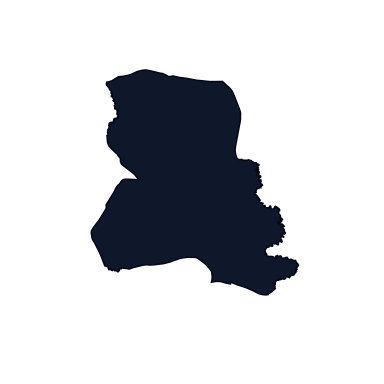 the district of Sila Lat, Si Sa Ket, Thailand, rotated 122°
{"feature_id": "78962969B41735347341952", "entity_name": "Sila Lat", "entity_type": "district", "adm_level": 2, "iso_a3": "THA", "parent_name": "Thailand", "parent_adm1": "Si Sa Ket", "projection": "robinson", "projection_center": [104.084, 15.49], "detail": "fine", "context": "isolated", "style": "filled", "palette": "ink", "viewbox_px": 384, "rotation_deg": 122, "n_neighbors": 0, "source": "geoboundaries", "source_scale": "gbopen_adm2", "svg_char_len": 5998}
<svg xmlns="http://www.w3.org/2000/svg" viewBox="0 0 384 384"><g transform="rotate(122 192 192)"><path d="M229.9,70.2L229.8,70.9L228.7,71.1L226.9,72.9L226.7,72.9L226.2,72.4L224.8,73.4L223.8,73.6L222.2,73.4L221.7,73.2L221.2,72.1L220.8,71.6L219.6,71.8L219.5,70.6L217.5,69.1L217.2,67.8L216.9,67.3L215.5,66.9L214.3,67.2L213.7,67.0L213.5,66.5L212.9,63.9L212.0,64.2L209.9,63.5L209.2,62.4L208.2,61.6L207.4,61.8L205.1,61.4L204.6,62.3L204.2,62.5L203.9,62.3L203.6,61.6L202.8,62.6L201.9,62.0L201.7,62.3L202.0,63.1L201.7,63.4L200.6,62.8L199.9,63.2L198.1,62.8L197.5,63.0L197.1,63.7L196.3,66.5L195.4,67.5L195.2,68.0L196.1,69.1L196.6,72.5L197.6,73.4L197.9,74.1L197.8,75.2L197.1,76.3L197.0,76.8L197.3,77.3L198.0,77.7L200.4,80.2L200.3,80.8L199.3,82.3L199.2,82.8L199.4,83.2L200.9,84.7L200.6,85.8L200.7,86.1L201.1,86.2L202.2,86.0L202.1,87.0L202.3,87.1L203.3,85.5L203.7,85.4L203.9,85.6L204.4,87.6L203.9,88.9L204.2,89.5L204.6,90.7L205.4,91.7L206.6,94.4L206.3,95.0L205.3,95.6L204.7,96.5L204.9,96.7L206.3,96.9L206.5,97.3L206.4,97.6L204.5,97.8L202.3,99.3L199.2,99.1L198.1,97.7L196.8,97.8L196.3,97.6L195.8,95.7L195.2,95.0L194.7,95.1L193.7,96.3L193.4,96.4L192.5,95.5L192.3,94.5L192.1,94.2L191.5,94.2L190.6,94.7L190.2,94.6L189.8,94.0L189.9,93.5L191.2,93.1L191.4,92.8L191.3,91.2L190.9,90.9L190.3,91.1L189.5,92.3L188.2,92.0L187.3,90.8L187.1,89.4L186.8,89.3L186.4,89.3L185.9,89.8L185.2,90.5L184.8,91.7L183.6,92.5L182.8,92.5L182.3,92.2L182.0,91.7L181.9,90.5L181.5,90.4L181.3,90.7L181.0,92.2L180.5,92.8L179.5,93.5L179.1,93.3L179.0,91.7L178.7,91.3L178.0,91.1L177.1,91.2L176.8,92.4L175.1,93.8L174.3,95.6L173.9,97.3L173.4,97.9L173.1,97.9L172.9,97.7L172.7,95.9L172.5,95.7L172.1,95.7L171.5,97.9L171.5,98.6L173.0,101.7L172.9,102.4L172.3,103.3L171.9,103.4L171.6,103.1L171.5,101.3L171.1,100.8L169.4,100.6L169.3,101.9L169.0,102.4L168.5,102.5L168.1,102.3L167.9,102.0L168.0,100.8L167.5,100.6L166.9,101.6L166.9,103.9L166.6,104.1L165.7,104.0L165.1,104.6L164.8,105.4L164.7,106.6L164.5,106.9L163.6,107.5L162.8,108.6L162.4,108.5L161.7,107.8L161.2,107.8L160.7,108.2L160.1,109.1L159.9,110.8L159.9,113.7L160.4,113.9L162.7,113.8L163.8,114.6L164.3,115.4L164.3,116.1L162.5,117.5L162.4,118.3L162.5,118.5L163.1,118.6L163.9,117.7L164.4,117.6L164.8,119.0L165.4,119.6L166.2,121.3L165.9,121.9L164.8,122.9L165.0,123.3L166.1,123.6L166.1,124.1L165.2,125.8L164.0,125.7L163.9,125.9L164.3,127.0L164.7,129.4L164.6,129.9L164.1,130.5L163.9,130.6L162.8,129.9L161.3,133.4L160.4,136.1L160.4,138.0L159.3,138.2L158.4,137.4L157.6,138.1L156.1,138.5L154.3,138.4L153.5,137.1L152.5,137.6L152.3,137.5L151.9,135.9L151.0,136.5L149.0,135.8L148.5,136.3L148.3,138.9L146.9,138.8L145.7,139.5L145.4,139.8L145.5,140.6L146.4,142.0L146.3,142.6L144.9,142.6L144.0,141.9L142.8,141.7L142.4,142.0L142.2,142.7L143.4,145.0L143.3,145.4L143.0,145.5L142.2,144.6L141.7,144.7L141.9,145.6L142.6,146.3L142.6,146.6L141.3,146.6L141.1,145.7L140.5,145.2L140.0,145.2L139.5,145.6L139.4,146.0L139.5,146.4L140.5,147.8L139.7,149.3L139.3,149.5L138.9,149.2L139.0,147.7L138.4,147.2L137.8,147.4L137.9,148.7L137.6,149.2L137.2,149.2L136.8,148.5L136.5,148.4L136.3,148.6L136.2,149.4L136.0,149.8L135.0,149.7L134.2,150.1L133.8,149.5L133.3,149.8L133.3,150.6L133.9,152.1L133.2,153.0L133.8,153.8L134.3,154.9L134.1,156.1L134.5,157.2L134.1,157.8L134.1,158.8L134.2,159.2L134.7,159.9L134.7,161.2L136.1,162.1L136.3,163.1L137.2,163.9L137.5,165.1L138.4,165.5L137.9,167.0L139.5,168.9L139.8,171.5L137.2,174.7L134.0,177.5L130.5,179.2L105.4,189.0L99.4,192.6L98.4,193.5L95.4,197.2L86.4,209.4L85.2,211.4L84.1,214.2L82.1,224.7L88.8,235.2L95.0,247.8L98.5,256.9L101.5,263.4L103.7,269.7L105.3,271.2L106.5,273.2L106.6,273.6L106.6,276.0L107.1,279.7L108.1,282.0L111.4,291.9L112.9,295.7L115.0,298.6L118.8,302.2L124.7,306.1L127.1,308.2L129.7,310.9L133.3,315.5L140.2,318.9L142.3,320.6L144.1,322.6L145.5,322.0L146.6,321.2L147.6,317.8L149.0,315.8L149.2,314.2L150.0,313.0L150.6,313.3L150.9,313.3L151.0,312.7L151.4,312.3L151.6,311.5L152.2,311.2L153.4,311.3L153.2,310.4L153.8,310.1L153.7,309.5L154.2,308.8L154.3,308.3L154.7,307.8L154.9,307.2L155.3,307.0L156.2,307.4L156.5,306.9L156.4,306.5L156.9,304.9L157.1,304.6L158.0,304.4L158.1,303.6L158.4,303.2L158.7,303.1L159.9,303.5L160.2,302.7L160.8,302.8L161.5,302.1L162.3,301.7L162.4,301.2L161.6,300.3L161.5,299.2L162.4,299.1L162.5,298.1L162.8,297.8L163.4,298.1L163.8,297.7L164.9,297.5L165.1,297.0L164.9,296.4L165.0,296.0L166.1,296.4L166.1,295.7L166.9,294.4L167.2,294.3L167.5,294.8L167.8,294.3L168.3,294.2L169.6,295.6L170.7,295.6L170.6,296.4L171.5,296.9L172.0,296.8L172.5,296.0L173.2,296.3L173.5,295.8L174.1,296.0L174.6,295.2L174.8,295.2L175.4,295.9L175.4,297.0L175.9,297.4L176.2,297.9L177.5,298.6L179.7,297.8L180.3,297.0L180.9,296.6L182.5,296.2L183.8,296.4L184.9,295.5L186.1,295.4L188.2,293.1L188.5,293.1L188.9,294.0L189.5,294.0L190.1,293.1L190.9,292.8L194.8,289.8L196.9,287.1L198.5,280.9L199.4,276.6L199.3,275.9L200.0,274.7L201.4,270.8L201.8,270.2L204.0,268.9L205.2,267.4L205.8,266.3L207.3,251.4L207.8,249.2L209.6,244.3L210.5,245.0L216.3,255.1L217.9,256.8L219.5,257.5L220.6,257.7L222.6,257.7L224.4,257.9L225.8,258.5L228.8,258.6L233.3,258.1L248.2,258.0L248.6,257.9L250.9,256.2L251.5,256.0L265.2,255.9L272.4,256.6L276.9,256.8L278.6,256.6L280.2,255.6L283.9,252.4L285.1,251.0L286.9,247.3L289.8,242.6L291.5,239.6L295.5,233.8L300.8,226.9L300.0,223.7L301.9,221.5L301.9,221.2L301.0,220.7L300.9,219.9L301.0,218.8L300.8,217.8L299.9,217.6L299.3,216.9L299.7,215.7L299.1,214.9L298.8,213.7L299.0,212.8L298.5,212.6L298.4,212.2L297.7,212.3L297.4,212.1L295.0,212.5L294.6,211.3L293.7,211.3L291.5,206.8L290.7,204.5L287.5,202.0L280.3,195.1L277.9,192.1L276.3,189.1L274.2,186.1L267.8,178.1L262.8,173.4L255.5,167.7L252.8,165.0L249.0,160.4L247.3,157.1L246.0,155.1L245.4,153.6L245.1,152.0L245.7,144.6L246.0,142.3L247.7,136.6L248.7,134.0L249.3,133.0L253.2,129.9L255.5,128.7L258.2,127.7L254.9,124.1L253.4,121.4L252.6,119.8L251.4,115.5L249.6,110.6L247.9,111.2L246.7,104.5L244.7,96.4L243.5,89.3L242.8,81.4L241.5,77.5L240.0,74.6L238.7,73.2L238.3,73.6L234.6,71.6L229.9,70.2Z" fill="#0f172a" stroke="#020617" stroke-width="1.5"/></g></svg>